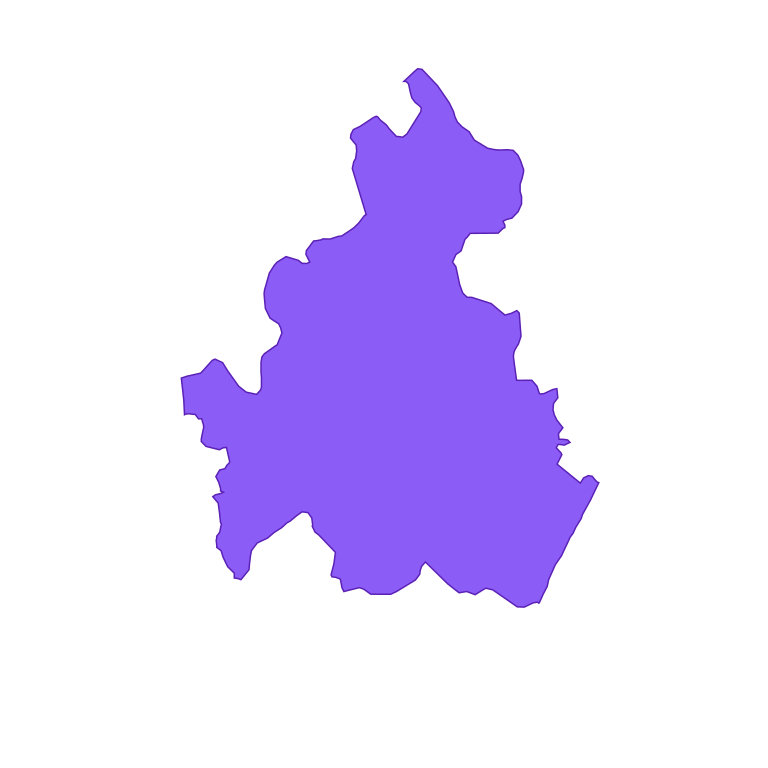 Abu Kabir, Ash Sharqiyah, Egypt (Robinson projection), rotated 333°
{"feature_id": "37247803B57835659409223", "entity_name": "Abu Kabir", "entity_type": "district", "adm_level": 2, "iso_a3": "EGY", "parent_name": "Egypt", "parent_adm1": "Ash Sharqiyah", "projection": "robinson", "projection_center": [31.698, 30.732], "detail": "fine", "context": "isolated", "style": "filled", "palette": "violet", "viewbox_px": 768, "rotation_deg": 333, "n_neighbors": 0, "source": "geoboundaries", "source_scale": "gbopen_adm2", "svg_char_len": 4443}
<svg xmlns="http://www.w3.org/2000/svg" viewBox="0 0 768 768"><g transform="rotate(333 384 384)"><path d="M422.5,649.6L423.6,649.0L428.9,644.8L430.0,643.8L437.5,638.5L441.8,633.2L454.7,622.7L464.2,617.6L469.4,613.5L475.0,609.2L480.3,605.0L484.6,602.9L489.9,598.7L498.5,593.5L501.7,590.3L503.2,589.3L515.6,580.9L519.1,578.2L530.6,569.4L529.5,568.3L528.5,565.0L528.1,563.1L527.6,560.7L526.7,560.1L524.5,558.4L519.2,558.3L513.9,561.4L501.8,534.0L505.8,531.1L510.4,527.7L510.4,525.6L508.5,519.0L511.7,516.9L513.8,518.1L516.9,520.3L521.1,520.4L523.2,520.5L522.5,518.1L522.2,517.2L519.1,515.0L517.0,513.8L514.9,512.7L516.1,509.3L517.1,507.3L523.5,504.2L521.6,494.4L521.7,491.2L521.7,489.0L522.9,483.6L525.8,479.0L526.2,478.3L528.3,477.3L532.6,475.2L535.0,469.0L535.9,466.6L531.7,465.5L528.6,465.4L525.4,465.3L522.3,465.2L519.1,464.1L518.1,463.0L519.3,455.4L517.4,447.8L506.9,442.5L503.8,440.9L508.6,427.1L511.7,418.4L513.8,415.2L516.0,413.1L519.2,411.0L520.0,410.5L521.8,409.5L524.6,406.8L527.8,403.6L528.7,401.4L530.0,398.3L530.5,397.0L536.7,382.2L535.9,379.7L535.7,378.9L533.6,378.9L529.4,378.8L523.1,377.5L520.2,370.9L517.9,365.5L517.0,363.3L516.1,361.1L501.6,346.7L497.4,344.4L495.5,338.9L495.8,335.7L496.4,331.0L496.7,329.2L500.2,316.3L501.3,312.0L500.4,306.5L505.6,302.3L506.8,301.3L513.1,300.4L521.8,291.9L524.9,290.9L529.2,288.9L554.2,301.4L560.6,299.4L562.7,299.5L563.8,297.3L563.9,293.0L568.1,293.1L573.3,294.3L575.8,293.4L581.8,291.3L582.8,290.5L588.3,286.0L591.6,279.6L592.7,274.2L596.0,267.8L600.3,263.6L604.7,258.3L605.8,256.1L606.4,251.4L607.0,247.5L607.2,241.0L605.2,234.5L600.0,231.1L597.5,230.0L594.8,228.8L590.6,226.5L587.5,224.3L583.3,220.9L575.2,207.7L574.4,197.9L570.3,190.3L568.3,183.7L568.5,178.3L569.6,172.9L569.8,163.2L567.1,142.5L560.7,120.9L557.1,118.4L552.9,119.4L539.1,123.4L541.1,124.5L542.1,127.8L539.8,136.4L538.7,141.8L539.6,147.2L541.6,151.6L542.6,154.9L540.4,158.1L518.0,171.6L512.7,172.6L510.4,170.9L509.6,170.3L507.5,169.2L504.6,159.4L503.6,153.9L500.6,147.3L499.6,143.0L498.6,141.9L495.4,141.8L479.6,143.6L475.4,143.5L472.2,143.4L467.9,146.5L465.8,149.7L466.7,154.1L467.7,158.4L465.5,163.8L461.1,170.2L457.9,172.3L453.6,177.6L449.3,201.3L445.2,223.9L445.2,225.0L443.1,225.0L434.6,229.1L428.2,231.1L421.8,232.0L413.4,232.9L410.3,231.7L401.9,230.4L399.8,229.3L397.7,228.2L395.6,227.0L393.5,227.0L389.3,225.8L386.2,224.6L379.9,227.7L375.5,229.8L373.3,233.0L373.2,239.5L373.2,241.7L372.1,241.6L371.3,241.6L370.0,241.6L365.8,239.3L363.8,234.9L358.4,229.7L354.5,226.0L351.4,226.3L344.0,226.9L340.0,228.5L336.8,230.4L332.2,233.1L323.7,242.3L320.4,245.8L318.2,249.0L316.0,254.3L312.6,262.9L312.4,273.7L314.8,277.9L317.5,282.5L317.4,286.9L316.2,292.2L307.7,299.6L306.6,300.7L305.5,300.6L291.2,302.7L287.5,304.5L284.3,308.8L279.9,317.4L277.7,322.7L273.3,331.3L271.1,333.4L265.8,335.4L257.5,328.7L253.5,320.0L250.7,301.5L249.9,291.7L244.7,285.1L241.6,285.0L229.4,289.7L225.6,291.1L214.6,288.3L212.0,287.6L208.0,287.0L206.1,286.7L201.0,300.3L198.1,307.9L192.3,320.8L193.7,320.8L196.8,322.0L199.9,324.2L202.0,325.4L202.9,330.8L205.0,331.9L205.8,332.2L204.9,336.3L204.9,337.3L203.8,340.6L199.5,345.9L196.2,350.1L195.1,352.3L197.1,358.8L207.4,367.8L211.6,367.8L214.8,369.0L211.3,383.0L210.2,384.1L207.1,385.1L203.8,387.2L198.6,386.0L192.2,390.1L192.1,396.6L190.9,403.1L189.8,405.2L191.8,407.5L188.7,407.4L183.4,406.2L180.3,406.7L182.2,414.8L178.8,424.5L175.5,433.1L175.5,435.2L174.4,436.3L171.1,440.5L170.1,441.6L165.8,443.7L164.7,445.8L163.6,446.9L161.5,452.4L160.8,453.6L163.2,458.6L162.0,465.1L161.8,473.8L161.8,475.9L164.7,484.6L162.5,488.9L165.7,491.2L167.7,493.4L174.9,490.2L179.4,488.2L182.7,482.9L187.0,476.5L189.1,473.8L190.3,472.3L192.4,471.2L198.8,468.1L203.0,468.2L210.4,468.4L218.8,466.4L224.9,465.8L227.3,465.6L234.7,463.6L237.9,463.6L246.3,461.7L252.7,460.7L254.8,461.9L257.0,463.5L257.9,464.1L258.8,470.6L256.5,477.1L255.5,478.1L255.3,484.6L257.4,489.0L264.3,511.9L259.9,518.3L257.7,521.5L250.2,530.0L250.2,531.3L250.1,532.2L253.3,534.4L256.3,537.7L256.3,538.8L254.1,546.3L254.0,549.6L254.0,550.7L258.6,551.7L269.7,554.3L272.8,557.6L276.8,565.3L294.6,574.4L297.7,574.5L300.9,574.6L309.9,573.9L323.0,572.9L329.4,569.8L331.6,566.6L332.6,565.6L334.8,563.5L340.1,561.4L350.0,590.9L356.1,604.1L360.2,605.4L363.4,606.4L369.6,613.1L380.1,612.2L382.2,612.3L384.5,614.3L387.4,616.7L401.6,643.1L407.8,646.5L409.0,646.5L417.3,646.7L421.5,647.9L422.5,649.6Z" fill="#8b5cf6" stroke="#5b21b6" stroke-width="1.5"/></g></svg>